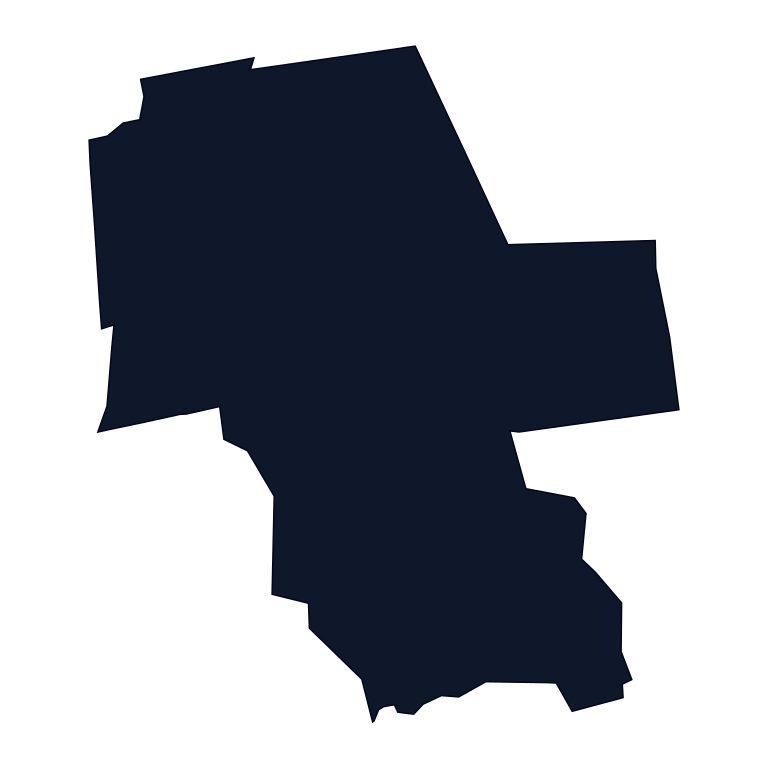 the district of Middlesex, Connecticut, United States of America
{"feature_id": "52423323B62256411494154", "entity_name": "Middlesex", "entity_type": "district", "adm_level": 2, "iso_a3": "USA", "parent_name": "United States of America", "parent_adm1": "Connecticut", "projection": "equal_earth", "projection_center": [-72.54, 41.451], "detail": "fine", "context": "isolated", "style": "filled", "palette": "ink", "viewbox_px": 768, "rotation_deg": 0, "n_neighbors": 0, "source": "geoboundaries", "source_scale": "gbopen_adm2", "svg_char_len": 901}
<svg xmlns="http://www.w3.org/2000/svg" viewBox="0 0 768 768"><path d="M466.2,154.9L415.2,46.1L364.1,53.5L250.4,69.7L254.0,57.8L140.6,79.3L144.0,96.6L139.7,119.7L123.2,123.0L107.4,136.1L89.1,140.1L90.1,163.5L94.4,223.2L99.7,303.6L101.6,328.8L114.0,324.9L112.0,345.3L107.0,406.2L97.8,432.1L108.5,429.7L147.6,421.5L179.7,414.4L186.7,414.0L219.7,406.5L223.9,439.3L247.5,450.8L274.2,496.2L272.1,594.3L308.5,603.3L309.4,628.2L361.8,679.2L372.6,721.9L374.0,721.0L378.6,709.7L383.6,706.7L394.3,704.7L397.8,712.2L413.7,714.2L423.1,704.2L440.7,695.9L441.4,695.6L458.7,696.9L485.9,681.7L546.7,682.6L556.2,683.0L569.1,705.8L572.2,711.3L623.1,697.6L622.3,684.2L631.8,679.6L621.1,651.6L621.6,602.9L595.1,572.0L581.6,559.2L586.0,513.4L574.4,497.9L525.9,488.7L509.9,430.9L519.1,432.0L678.9,409.7L669.6,336.9L655.8,268.4L655.2,240.5L507.9,244.7L466.2,154.9Z" fill="#0f172a" stroke="#020617" stroke-width="1.5"/></svg>